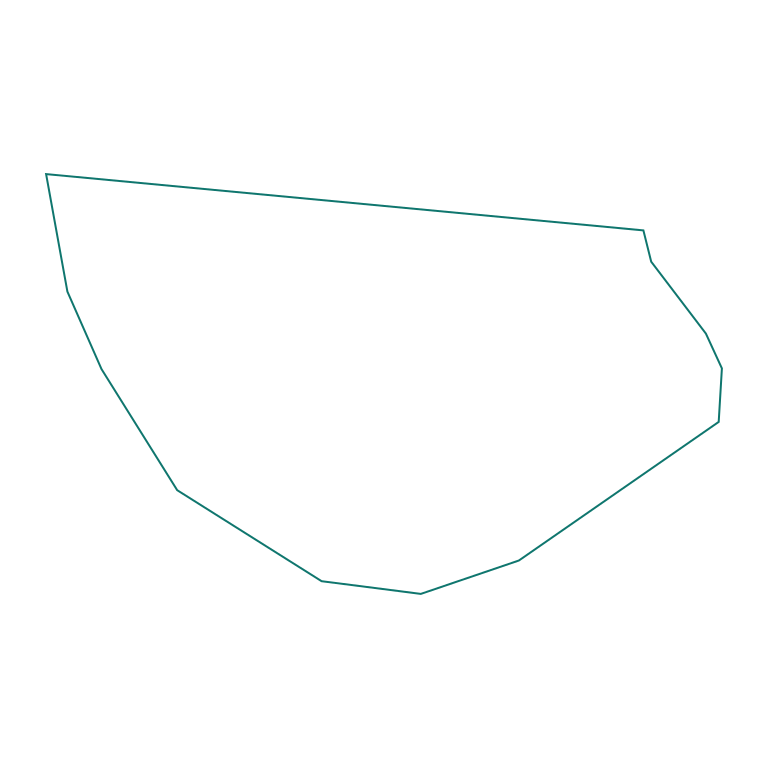 the Municipality of Muta
{"feature_id": "SVN-974", "entity_name": "Muta", "entity_type": "Municipality", "adm_level": 1, "iso_a3": "SVN", "parent_name": "Slovenia", "parent_adm1": "", "projection": "natural_earth1", "projection_center": [15.136, 46.624], "detail": "fine", "context": "isolated", "style": "outline", "palette": "teal", "viewbox_px": 768, "rotation_deg": 0, "n_neighbors": 0, "source": "natural_earth", "source_scale": "10m", "svg_char_len": 293}
<svg xmlns="http://www.w3.org/2000/svg" viewBox="0 0 768 768"><path d="M182.8,187.0L643.4,230.4L651.2,261.7L705.9,333.6L721.9,368.4L718.7,421.9L518.9,560.5L420.8,593.9L321.6,581.2L177.2,490.2L101.5,369.1L67.4,291.6L46.1,174.1L182.8,187.0Z" fill="none" stroke="#0f766e" stroke-width="2"/></svg>